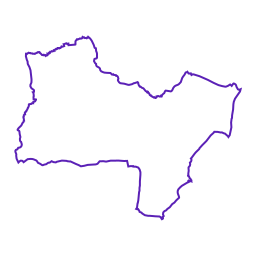 outline of Mueang Sukhothai, Sukhothai, Thailand
{"feature_id": "78962969B37959209018419", "entity_name": "Mueang Sukhothai", "entity_type": "district", "adm_level": 2, "iso_a3": "THA", "parent_name": "Thailand", "parent_adm1": "Sukhothai", "projection": "mercator", "projection_center": [99.745, 17.015], "detail": "fine", "context": "isolated", "style": "outline", "palette": "violet", "viewbox_px": 256, "rotation_deg": 0, "n_neighbors": 0, "source": "geoboundaries", "source_scale": "gbopen_adm2", "svg_char_len": 5576}
<svg xmlns="http://www.w3.org/2000/svg" viewBox="0 0 256 256"><path d="M18.4,162.5L19.6,161.3L20.6,160.7L21.4,160.7L22.5,160.9L23.6,162.2L27.6,159.2L30.3,158.9L32.3,159.0L33.5,159.3L36.2,160.4L37.0,161.2L38.0,162.8L40.2,163.8L42.1,165.1L42.8,165.2L44.3,164.6L46.2,164.2L47.7,163.1L48.4,162.7L49.7,162.6L51.6,161.2L53.4,162.1L55.8,162.4L56.7,161.8L61.9,160.6L65.5,160.8L66.8,160.9L67.3,161.2L69.9,161.5L70.4,161.4L76.0,164.0L78.7,165.1L80.9,166.3L84.2,165.8L87.7,164.9L95.8,164.4L97.5,163.8L99.6,161.3L103.4,161.2L106.1,161.6L110.5,160.7L118.6,160.6L124.1,161.0L127.1,160.9L128.3,166.5L130.5,166.1L133.2,166.1L133.3,166.6L135.9,166.7L138.3,167.6L139.6,169.5L140.4,172.1L140.4,174.8L139.9,181.2L139.9,185.5L139.5,187.9L139.5,190.8L139.1,192.0L138.3,200.3L137.8,203.0L137.6,203.2L137.5,203.7L137.0,207.7L136.2,208.9L137.3,209.3L138.1,209.1L139.3,210.9L139.6,211.9L141.5,212.6L142.1,213.4L144.9,215.2L148.1,215.8L149.7,215.8L155.5,216.3L159.5,216.5L160.2,216.9L160.9,217.6L161.9,219.2L162.6,218.9L163.0,218.3L163.0,217.9L162.5,217.0L163.7,216.0L163.0,214.4L163.2,212.7L163.5,212.1L164.5,211.1L166.2,210.3L167.3,209.0L169.8,207.2L172.2,204.1L174.4,202.6L176.3,200.3L179.0,197.8L179.1,197.4L178.9,196.4L178.0,194.0L177.7,192.8L177.7,191.0L178.3,189.4L180.0,187.5L181.9,185.8L187.8,182.3L188.2,181.7L188.3,180.8L188.6,180.5L189.5,180.8L189.5,181.5L190.1,181.1L191.3,181.4L191.1,180.8L191.4,180.6L191.4,180.3L190.8,179.6L190.4,178.7L189.6,178.1L189.0,176.4L188.3,176.2L188.0,175.6L188.1,175.2L188.4,174.9L188.3,173.5L188.7,170.8L188.5,167.8L188.6,167.3L189.9,165.7L190.2,164.2L189.9,162.6L191.0,161.6L191.4,160.5L191.4,159.2L190.9,158.5L191.6,157.8L194.7,153.6L195.8,152.3L199.2,149.0L199.5,148.2L202.3,145.1L206.4,141.0L210.7,135.4L213.5,132.9L214.3,131.8L217.7,131.9L220.7,132.5L221.9,132.4L223.8,133.3L225.0,133.6L228.0,136.3L228.4,137.0L229.7,135.2L231.4,127.3L231.1,122.6L231.6,118.7L232.0,118.0L232.1,115.3L233.1,109.5L233.4,104.2L233.8,101.8L235.0,98.7L240.0,91.5L240.6,89.2L239.1,89.8L237.9,89.3L236.5,86.8L236.1,85.4L235.7,84.6L234.9,84.0L233.9,83.5L233.5,83.5L233.2,83.8L231.7,85.9L231.1,85.3L230.1,84.5L227.9,85.9L226.1,86.6L225.3,86.7L222.2,86.1L218.5,85.1L213.7,82.9L207.9,79.9L199.5,76.2L193.7,74.4L192.7,74.3L191.5,75.0L191.0,73.8L190.7,73.8L190.7,73.4L188.6,73.5L187.4,71.8L187.0,72.2L186.1,72.3L185.6,72.6L184.6,74.6L183.0,76.7L182.2,78.0L180.8,82.1L178.8,84.2L178.0,84.7L175.5,85.7L174.4,86.5L173.3,87.9L172.4,89.9L171.5,91.1L170.8,91.4L165.7,90.6L165.3,90.9L164.9,91.5L164.2,93.2L163.5,93.6L162.0,95.1L161.8,96.0L161.2,95.7L161.0,96.4L160.6,96.2L160.4,96.5L159.9,96.6L158.1,96.0L156.5,96.4L156.6,97.2L155.7,98.0L155.2,98.0L154.4,97.2L153.7,97.5L153.3,97.1L152.3,96.8L152.0,96.3L151.0,95.9L150.9,95.3L150.4,95.1L149.9,95.1L149.5,94.5L149.2,93.3L148.3,92.8L147.9,92.8L147.7,92.5L148.1,92.3L148.0,91.8L147.5,91.5L146.9,91.9L146.8,91.6L145.7,91.1L145.2,90.5L143.4,88.3L142.1,87.9L140.5,86.6L140.2,86.8L139.8,86.7L138.8,85.2L138.2,83.4L138.2,82.8L137.6,82.1L134.7,83.1L134.1,83.1L132.0,84.2L129.0,84.9L128.1,84.8L124.2,83.7L120.3,83.2L119.1,82.3L118.0,80.6L117.9,80.0L118.4,78.7L117.9,76.9L117.3,76.1L116.2,75.8L116.3,75.4L116.1,75.2L113.3,74.8L113.2,74.3L111.9,74.5L110.5,73.0L106.4,72.8L104.4,72.6L102.9,72.1L101.2,71.3L100.3,70.2L99.9,68.5L99.4,67.9L98.6,67.3L97.2,66.6L96.6,66.1L96.1,64.9L96.1,63.9L95.1,63.1L94.0,61.1L94.4,59.1L95.1,58.7L96.5,58.4L97.0,57.7L97.0,53.7L96.8,52.7L96.1,50.9L95.9,48.3L95.1,48.1L94.6,47.7L93.7,44.8L91.7,40.7L90.2,38.6L88.1,36.8L87.8,37.3L87.4,37.5L87.4,37.8L86.8,37.8L86.6,38.2L86.1,37.9L84.9,38.1L84.6,37.9L84.1,37.8L84.0,37.3L83.3,37.3L82.6,36.9L82.0,38.3L80.8,38.7L80.0,38.4L79.2,38.9L78.1,39.2L77.8,39.5L77.5,39.3L77.0,39.2L75.5,41.2L75.4,43.4L75.5,43.7L75.4,44.5L75.2,44.6L68.6,45.2L68.4,43.6L67.7,43.8L67.4,43.7L67.1,44.0L66.3,43.3L64.7,43.9L64.4,44.2L63.7,44.2L64.2,46.1L62.5,46.7L61.5,46.4L61.2,47.0L61.2,47.3L60.4,48.0L60.0,47.9L59.2,48.4L58.8,48.0L57.6,48.0L57.3,48.8L56.9,48.8L56.4,49.2L56.0,48.9L55.7,49.1L55.7,49.4L54.7,49.8L54.6,50.2L54.2,50.2L54.3,50.6L53.9,50.5L53.7,50.9L53.4,50.7L53.2,51.1L52.1,51.5L51.6,51.2L50.5,52.0L50.1,51.9L50.0,52.3L49.5,52.5L49.6,52.9L49.3,52.9L49.4,53.3L49.1,53.4L48.8,53.7L48.3,53.5L48.1,53.8L47.5,53.7L47.7,54.4L47.5,55.2L46.8,55.5L46.6,55.3L46.1,55.6L45.9,55.4L45.7,55.6L45.6,55.3L45.2,55.4L45.0,55.1L44.1,55.2L44.1,54.9L43.8,54.7L43.2,54.8L42.5,55.1L42.0,55.0L40.7,53.5L40.0,53.1L39.8,52.4L39.2,52.0L37.8,52.2L37.7,52.6L36.9,52.7L36.6,53.0L35.1,53.5L35.0,53.8L34.6,53.9L34.0,53.7L32.8,53.8L32.3,53.4L30.9,53.4L30.4,53.0L29.8,53.1L28.6,52.7L27.7,53.4L27.3,53.4L26.9,54.0L26.0,53.8L25.9,56.3L26.8,59.7L27.6,61.6L27.7,63.4L27.9,64.2L29.4,67.0L30.5,70.3L31.5,79.2L31.5,80.8L31.4,82.6L30.4,84.9L30.4,86.4L31.5,88.3L33.5,89.7L34.0,90.3L34.0,91.5L33.9,91.9L32.9,92.2L33.4,92.9L33.6,94.0L33.8,96.1L33.6,96.3L33.5,97.5L33.6,99.3L35.6,99.4L36.0,99.5L36.0,99.8L35.4,100.7L35.2,101.2L34.6,101.6L33.3,101.9L33.2,103.1L32.9,103.0L32.0,103.5L31.6,103.4L31.1,104.0L29.1,104.2L28.8,104.8L28.9,105.7L28.2,107.5L27.9,107.7L27.9,108.1L27.6,108.5L27.2,109.7L26.3,110.7L26.3,111.4L25.6,111.8L25.4,112.3L25.0,112.4L24.8,112.9L25.1,114.4L24.3,114.6L23.8,115.2L23.8,116.6L23.5,116.8L23.6,117.1L23.4,117.5L23.9,119.2L23.9,119.9L24.1,120.8L23.6,121.1L23.4,122.2L22.5,123.0L21.3,125.5L18.6,128.1L17.7,129.4L17.6,129.9L17.8,130.2L19.1,130.8L19.4,131.4L19.7,134.1L20.4,137.0L19.9,138.8L20.0,140.4L20.4,141.4L21.1,141.9L21.8,144.3L21.6,145.7L21.0,146.7L19.9,147.5L18.2,147.8L17.4,149.3L15.9,149.9L15.4,150.7L15.4,151.8L16.3,154.2L16.2,155.7L16.6,158.7L18.4,162.5Z" fill="none" stroke="#5b21b6" stroke-width="2"/></svg>